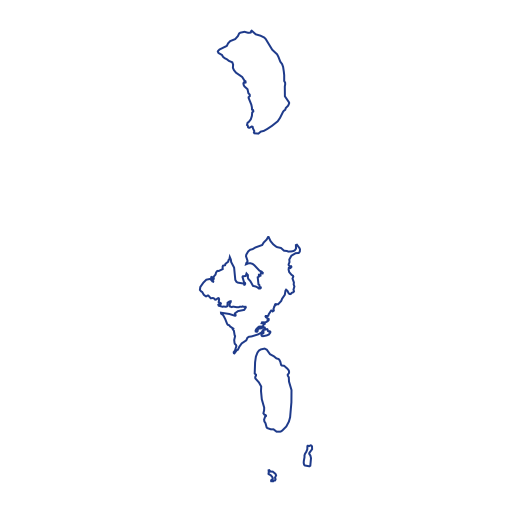 outline of Ibo, Mozambique
{"feature_id": "85939544B72266919853878", "entity_name": "Ibo", "entity_type": "district", "adm_level": 2, "iso_a3": "MOZ", "parent_name": "Mozambique", "parent_adm1": "", "projection": "robinson", "projection_center": [40.592, -12.339], "detail": "fine", "context": "isolated", "style": "outline", "palette": "blue", "viewbox_px": 512, "rotation_deg": 0, "n_neighbors": 0, "source": "geoboundaries", "source_scale": "gbopen_adm2", "svg_char_len": 6070}
<svg xmlns="http://www.w3.org/2000/svg" viewBox="0 0 512 512"><path d="M286.9,251.0L284.0,250.7L281.0,248.0L277.0,247.1L275.8,246.4L273.2,244.3L270.6,241.2L268.6,237.0L268.1,237.0L266.6,239.6L263.7,242.5L262.2,245.0L255.3,247.5L252.7,249.1L250.1,249.8L248.2,251.4L246.3,254.6L246.0,256.2L247.5,260.7L247.5,261.6L246.4,262.9L246.0,264.3L248.2,263.4L250.2,263.2L252.6,263.9L254.4,265.3L259.5,270.7L261.6,271.6L262.8,272.9L262.6,273.4L261.4,272.9L260.7,273.1L260.5,275.7L259.9,275.9L259.6,275.1L258.9,274.9L258.8,276.7L257.7,277.3L258.5,284.4L259.3,284.9L259.7,286.9L260.8,287.4L260.7,288.1L260.1,288.5L258.8,288.5L257.5,287.4L255.7,286.5L253.0,285.9L250.4,281.2L248.2,278.7L247.9,277.7L247.9,275.1L246.5,273.5L245.7,276.0L242.8,276.3L242.5,277.0L244.0,282.1L245.0,282.9L245.2,283.8L244.7,284.7L244.3,284.8L243.8,283.6L237.8,282.6L236.5,281.9L235.3,279.9L234.1,267.6L231.2,262.1L230.8,259.5L229.8,257.1L229.4,259.2L228.5,260.1L228.2,261.7L225.5,263.8L225.1,265.2L223.0,265.7L222.6,266.7L222.7,269.1L218.7,271.0L217.6,270.9L216.9,271.3L216.0,272.7L215.5,274.6L214.1,276.2L213.4,277.6L213.8,278.3L213.6,279.1L213.0,279.0L212.5,278.4L212.4,277.4L211.8,276.9L211.2,277.2L211.2,278.0L213.3,281.4L213.2,281.7L212.4,281.4L210.9,279.6L209.7,279.0L206.3,279.7L203.4,282.6L200.3,287.0L199.9,289.9L201.1,291.4L202.2,292.0L203.8,294.8L205.8,296.3L206.5,296.3L207.6,295.5L208.3,295.5L210.8,298.3L212.9,298.0L214.1,298.5L215.2,299.7L216.2,299.5L217.8,298.3L218.5,298.1L218.9,298.4L219.1,299.7L218.7,302.1L220.7,303.1L220.9,303.6L220.4,304.5L218.7,304.3L218.3,304.7L218.7,305.7L222.7,306.8L223.6,306.5L225.9,306.8L227.4,306.2L227.6,302.7L229.4,301.5L230.7,301.2L230.8,301.8L229.7,303.7L229.5,305.0L230.0,306.5L231.7,307.1L233.1,306.6L236.7,307.2L238.8,307.2L240.0,306.7L241.9,306.8L242.6,306.4L243.7,306.8L245.6,306.8L245.8,307.5L244.2,309.9L238.0,311.1L235.0,313.3L234.8,313.7L235.0,314.3L235.6,314.9L235.6,315.5L235.1,315.8L229.4,314.0L221.0,312.7L221.1,313.6L223.0,315.0L223.7,316.1L225.2,319.0L227.1,323.8L227.8,324.8L229.3,325.3L230.0,326.4L232.7,328.2L232.4,328.3L232.7,329.1L233.9,330.8L234.6,335.1L235.1,336.1L234.2,340.0L234.5,342.7L234.8,343.8L235.9,344.8L236.4,346.0L235.0,350.5L233.7,352.2L233.9,353.2L234.4,353.4L236.7,350.3L237.9,349.7L239.4,346.6L241.7,343.4L246.3,340.3L247.4,337.8L248.8,336.8L251.7,336.4L258.1,334.4L261.6,332.4L263.0,330.1L263.6,329.7L263.8,330.7L263.0,332.0L263.5,332.7L263.3,333.3L261.9,334.0L261.4,334.7L261.5,335.5L262.1,336.1L263.6,336.1L266.8,335.4L268.9,334.5L270.3,332.6L270.3,331.7L269.7,331.2L268.6,331.5L268.0,331.1L267.5,329.4L267.1,329.1L265.7,329.5L264.6,327.4L263.5,327.3L261.0,328.4L258.8,328.6L258.0,329.0L257.5,331.3L256.9,331.8L255.7,331.5L255.6,330.5L256.2,329.3L257.9,327.5L259.1,326.6L262.5,326.5L263.0,326.1L263.6,324.5L264.8,323.8L264.5,323.2L263.8,323.4L261.7,323.2L262.1,322.3L265.0,322.4L266.3,322.0L267.5,321.3L267.5,320.4L268.4,320.5L268.7,320.1L268.7,319.0L266.0,317.3L265.5,316.5L265.7,316.0L267.8,316.0L268.3,315.7L268.7,314.3L271.2,310.5L271.8,310.5L272.7,311.4L273.8,310.6L273.5,308.7L274.2,307.2L274.2,306.4L275.6,305.1L275.1,304.5L275.4,304.1L278.1,304.3L281.2,301.0L282.1,298.7L284.8,294.8L285.5,290.6L286.1,289.7L287.4,290.8L288.7,293.3L289.5,294.0L290.4,294.1L291.1,293.7L291.6,292.9L293.4,292.2L294.0,291.3L293.5,289.6L294.4,286.5L293.7,284.5L293.9,282.4L292.5,278.6L293.3,276.6L293.0,275.8L291.5,274.8L289.2,272.1L288.6,269.6L288.8,268.0L290.4,268.1L291.4,266.9L291.1,266.2L289.6,266.2L288.8,265.4L288.6,264.4L289.5,262.1L289.3,259.5L291.4,255.7L295.6,253.2L298.7,253.0L299.8,251.6L300.0,249.4L299.6,248.3L296.9,244.7L295.9,245.1L296.0,248.6L294.9,250.2L293.6,251.0L291.7,251.4L288.3,251.6L286.9,251.0ZM255.7,34.3L251.7,30.7L251.1,31.2L250.9,32.4L250.1,32.7L248.1,32.8L244.5,31.8L240.3,32.7L239.1,33.5L237.9,36.1L235.2,39.1L230.2,41.1L228.1,43.3L226.8,45.9L219.5,49.5L218.1,50.9L217.8,51.6L218.5,53.0L222.0,55.0L223.0,56.8L224.7,58.2L226.9,59.3L228.9,60.9L232.3,62.3L233.1,64.6L232.9,67.8L233.9,70.1L236.0,72.7L242.2,77.0L244.4,80.5L245.5,81.3L245.6,82.5L245.0,82.7L244.2,82.1L243.7,82.6L243.4,83.6L243.7,85.0L244.4,86.4L247.5,89.2L248.4,93.2L249.7,94.6L249.8,96.1L248.6,97.2L248.6,97.9L251.3,104.6L251.9,107.3L252.0,109.6L252.9,109.9L253.3,110.9L253.3,111.5L252.2,112.4L251.9,115.9L250.8,119.3L248.8,121.9L247.6,122.7L247.0,125.0L247.7,125.5L248.1,127.3L248.7,127.7L249.4,127.8L251.8,126.5L252.6,126.8L253.0,128.5L254.3,131.1L253.9,132.6L254.4,133.3L258.4,133.6L260.8,131.6L263.8,130.9L267.2,129.0L271.9,125.9L277.7,121.3L280.0,117.9L283.0,111.9L283.8,110.8L285.2,109.8L285.8,108.0L288.1,105.7L289.1,103.5L289.1,102.5L284.9,96.3L284.8,86.6L285.2,84.1L285.1,82.6L284.2,81.0L284.2,75.2L283.8,71.5L283.1,66.9L282.1,64.1L280.3,61.7L278.4,56.8L277.1,54.3L272.2,49.7L265.7,39.0L264.2,37.5L260.5,35.7L255.7,34.3ZM286.3,426.5L288.9,421.6L290.1,417.3L291.4,402.4L291.5,390.1L289.0,381.6L288.8,377.3L287.8,375.7L287.7,374.7L288.9,373.2L289.1,372.0L288.8,370.5L287.5,368.8L284.1,365.8L281.7,365.5L281.1,364.9L280.3,361.7L279.2,359.6L278.5,359.0L276.4,358.4L273.9,356.3L270.0,354.2L266.8,349.7L264.6,348.6L260.9,349.4L259.0,350.5L257.5,352.5L255.9,356.6L255.1,362.2L254.7,373.5L256.0,374.7L256.0,375.7L255.4,376.4L255.2,377.7L255.4,378.5L258.9,382.4L261.2,386.5L261.0,391.0L261.8,399.3L264.2,407.7L264.1,410.4L263.4,413.3L264.4,414.7L265.5,415.0L266.0,415.6L265.9,416.2L265.1,416.7L264.1,419.6L264.4,421.5L265.5,423.2L266.6,427.3L267.3,428.1L270.8,429.3L273.5,429.3L276.6,431.7L280.1,431.7L281.0,431.4L282.2,430.6L286.3,426.5ZM311.4,445.6L310.7,445.3L309.1,446.1L307.9,445.7L307.4,446.1L307.3,449.3L306.3,451.8L305.0,453.8L304.5,455.4L304.5,457.2L303.8,461.1L303.7,462.9L304.1,464.7L304.9,465.5L309.4,466.3L310.3,465.7L311.0,458.2L310.4,455.6L309.2,453.8L309.4,452.8L312.1,449.2L312.0,446.4L311.4,445.6ZM270.6,471.6L269.2,470.1L268.6,470.3L268.8,472.7L268.5,473.2L268.6,474.1L270.7,475.2L272.2,476.9L272.8,478.2L272.5,479.3L271.5,479.8L271.1,480.6L271.2,481.2L273.1,481.3L274.1,480.5L275.1,480.4L275.6,479.2L275.0,477.8L276.1,475.3L275.4,473.8L272.7,471.6L270.6,471.6Z" fill="none" stroke="#1e3a8a" stroke-width="2"/></svg>